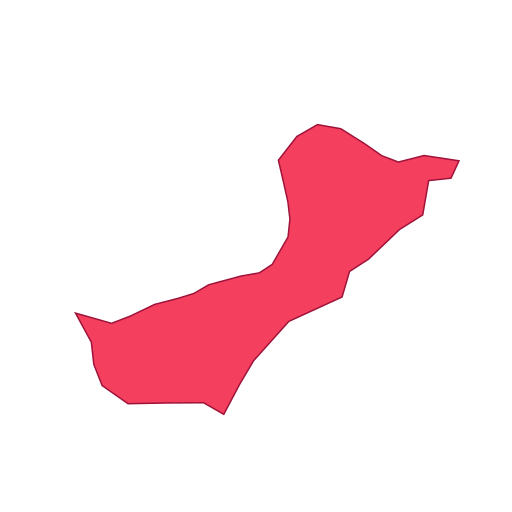 the district of Moutoulias, Nicosia, Cyprus, rotated 125°
{"feature_id": "46923920B1474013022531", "entity_name": "Moutoulias", "entity_type": "district", "adm_level": 2, "iso_a3": "CYP", "parent_name": "Cyprus", "parent_adm1": "Nicosia", "projection": "mercator", "projection_center": [32.834, 34.974], "detail": "fine", "context": "isolated", "style": "filled", "palette": "rose", "viewbox_px": 512, "rotation_deg": 125, "n_neighbors": 0, "source": "geoboundaries", "source_scale": "gbopen_adm2", "svg_char_len": 658}
<svg xmlns="http://www.w3.org/2000/svg" viewBox="0 0 512 512"><g transform="rotate(125 256 256)"><path d="M450.4,276.1L427.3,244.4L406.3,214.8L404.2,191.6L370.5,195.8L343.2,197.9L290.7,191.6L240.2,162.0L215.0,170.5L194.0,162.0L151.9,153.6L126.7,143.0L95.2,157.8L80.4,140.9L61.6,144.3L77.3,176.0L97.4,193.3L101.7,210.5L101.7,230.7L103.1,259.5L113.1,281.0L134.6,291.1L164.7,292.6L177.6,278.2L193.4,260.9L206.3,249.4L222.0,240.7L253.5,237.9L267.9,243.6L280.8,256.6L306.6,278.2L322.3,285.4L335.2,295.4L353.8,311.3L376.8,324.2L394.0,335.7L406.3,371.1L421.0,341.5L437.8,326.7L450.4,307.7L450.4,276.1Z" fill="#f43f5e" stroke="#9f1239" stroke-width="1.5"/></g></svg>